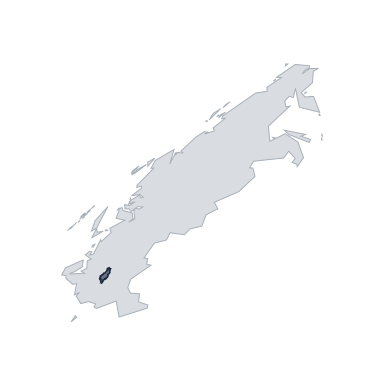 Russia, with Kostroma highlighted, rotated 318°
{"feature_id": "RUS-2356", "entity_name": "Kostroma", "entity_type": "Region", "adm_level": 1, "iso_a3": "RUS", "parent_name": "Russia", "parent_adm1": "", "projection": "natural_earth1", "projection_center": [43.479, 58.454], "detail": "fine", "context": "in_parent", "style": "filled", "palette": "slate", "viewbox_px": 384, "rotation_deg": 318, "n_neighbors": 0, "source": "natural_earth", "source_scale": "10m", "svg_char_len": 6145}
<svg xmlns="http://www.w3.org/2000/svg" viewBox="0 0 384 384"><g transform="rotate(318 192 192)"><path d="M297.9,241.1L287.1,243.6L288.5,241.6L286.2,237.0L291.1,236.1L291.2,226.4L282.9,228.1L258.3,210.3L251.0,212.6L253.3,215.0L249.3,222.5L227.3,223.1L201.7,214.6L199.9,221.8L187.2,218.4L176.5,223.9L165.7,218.0L157.8,218.7L148.4,207.6L140.9,210.6L129.8,204.8L112.3,208.9L114.5,211.9L110.0,215.2L112.5,218.9L88.2,215.8L80.3,220.0L78.5,225.9L84.9,232.5L78.8,237.9L83.6,246.4L81.0,248.3L54.1,236.1L62.7,222.3L43.2,214.7L42.2,211.9L45.6,210.7L41.8,204.3L34.6,200.5L36.3,191.9L41.1,191.4L35.9,189.8L44.8,183.0L41.6,180.7L40.4,172.0L42.5,169.8L39.6,166.5L47.2,163.7L65.6,169.7L60.6,174.2L51.8,172.9L48.6,171.4L46.4,171.2L57.8,180.5L56.7,176.7L62.8,178.3L68.2,173.0L72.2,174.4L70.6,167.1L75.9,167.6L77.6,169.4L73.9,170.5L77.2,172.2L92.3,166.3L91.3,168.2L104.8,168.0L106.7,164.0L123.1,168.0L118.0,160.7L126.9,156.0L129.6,156.5L128.4,159.7L133.6,167.6L130.3,172.5L124.9,172.2L131.6,173.7L136.6,166.6L139.3,166.3L141.5,169.5L145.3,170.1L141.8,166.5L133.6,165.7L133.9,162.0L130.9,159.8L133.5,156.2L136.4,160.2L141.8,161.1L143.2,161.1L136.6,158.6L141.2,157.3L151.0,159.1L149.9,162.0L152.2,163.3L151.9,159.1L144.5,154.3L157.0,155.5L158.2,153.7L154.0,151.6L155.9,150.2L179.6,148.7L177.4,147.0L185.8,144.0L207.2,148.4L194.3,156.3L202.9,153.1L208.5,153.4L210.2,156.2L210.8,156.6L211.5,156.7L211.0,154.2L231.5,153.8L241.6,155.4L243.7,158.1L240.1,157.3L249.5,161.6L250.8,158.5L266.4,159.6L263.1,157.5L265.4,156.0L305.6,161.1L315.3,167.5L317.6,164.3L334.8,166.7L331.6,163.3L354.1,166.3L363.9,177.0L361.9,178.3L357.2,176.9L353.1,178.0L361.8,178.9L368.7,184.7L363.0,183.4L354.6,191.4L339.7,191.2L339.5,196.9L346.3,202.3L340.2,218.1L328.5,200.9L338.2,184.2L330.5,189.5L328.2,185.9L321.6,186.5L318.9,191.8L322.1,193.6L292.8,194.2L283.7,206.4L300.3,211.1L304.1,225.9L297.9,241.1ZM119.8,146.5L97.0,155.0L91.2,153.8L100.7,148.5L119.8,146.5ZM301.9,207.8L314.9,225.2L310.3,223.5L315.3,232.3L312.2,233.6L302.5,214.1L301.9,207.8ZM86.9,158.9L96.7,155.2L94.7,158.5L99.7,161.7L86.9,158.9ZM253.1,149.9L260.3,147.8L269.1,149.3L253.1,149.9ZM165.8,138.6L176.5,141.1L163.0,139.9L165.8,138.6ZM161.7,136.5L170.3,137.2L159.1,138.0L161.7,136.5ZM179.0,140.2L187.1,142.0L176.4,143.3L179.0,140.2ZM271.3,150.2L275.3,149.6L280.5,150.3L271.3,150.2ZM15.3,207.6L22.4,205.8L22.7,207.9L15.3,207.6ZM81.1,137.6L85.9,137.3L76.7,138.1L81.1,137.6ZM264.1,153.5L270.1,155.1L262.2,154.6L264.1,153.5ZM84.9,165.8L82.2,166.9L80.8,166.1L82.2,164.9L84.9,165.8ZM90.2,137.0L94.5,136.6L96.8,137.0L90.2,137.0ZM105.0,136.9L103.1,137.8L99.8,137.5L100.5,136.9L105.0,136.9ZM109.4,137.1L105.6,137.0L110.9,136.7L109.4,137.1ZM102.7,162.4L104.3,164.4L101.6,162.9L102.7,162.4ZM163.9,139.0L161.1,139.5L158.7,138.8L163.9,139.0ZM92.6,135.9L98.2,135.7L96.3,136.3L92.6,135.9ZM348.8,161.0L345.9,160.7L347.4,159.5L348.8,161.0ZM76.9,137.1L80.4,137.4L73.5,137.4L76.9,137.1ZM127.0,155.3L123.6,155.5L126.9,155.2L127.0,155.3ZM205.7,151.8L207.7,152.9L204.8,152.3L205.7,151.8ZM330.0,164.0L328.3,164.5L326.7,164.0L330.0,164.0ZM98.3,138.1L95.7,137.7L99.9,138.0L98.3,138.1ZM97.4,136.3L99.1,136.9L95.9,136.5L97.4,136.3ZM327.2,235.3L327.1,236.6L325.9,238.3L327.2,235.3ZM93.9,138.0L95.8,138.6L93.4,138.5L93.9,138.0ZM140.9,157.1L138.6,157.6L138.0,157.5L140.9,157.1ZM343.9,194.5L341.7,194.2L343.2,193.6L343.9,194.5ZM263.0,152.5L262.6,153.4L261.5,152.7L263.0,152.5ZM288.6,205.4L289.7,207.0L288.4,206.6L288.6,205.4ZM339.0,218.7L338.5,220.9L337.7,220.2L339.0,218.7ZM89.9,138.2L87.7,138.4L86.9,138.2L89.9,138.2ZM142.1,155.5L141.7,156.4L141.2,156.1L142.1,155.5ZM251.0,149.2L250.1,149.7L249.7,148.6L251.0,149.2ZM323.1,240.0L325.1,238.2L323.2,240.4L323.1,240.0Z" fill="#d9dde1" stroke="#a8b0b8" stroke-width="1"/><path d="M64.3,198.5L64.4,198.4L64.5,198.3L64.4,198.2L64.4,197.8L64.4,197.6L64.3,197.4L64.5,197.2L64.7,196.9L64.8,196.9L65.0,196.7L65.1,196.4L65.3,196.2L65.6,196.1L65.4,196.0L65.4,195.9L65.4,195.7L65.2,195.5L65.1,195.4L65.3,195.3L65.4,195.2L65.6,195.1L65.8,195.0L65.6,194.8L65.7,194.7L65.8,194.6L65.7,194.5L65.6,194.4L65.8,194.3L65.9,194.2L66.0,194.3L66.4,194.1L66.5,194.1L66.8,194.0L66.9,193.9L67.0,193.8L67.2,194.0L67.4,193.9L67.6,193.8L67.7,193.7L67.5,193.4L67.4,193.4L67.5,193.3L67.5,193.1L67.8,193.0L68.0,193.1L67.9,193.2L68.0,193.3L68.3,193.4L68.7,193.3L68.8,193.3L69.0,193.3L69.0,193.5L69.3,193.7L69.5,193.7L69.8,193.6L70.0,193.5L70.0,193.4L70.3,193.5L70.5,193.6L70.5,193.4L70.8,193.4L71.0,193.5L70.9,193.6L71.0,193.7L71.3,193.5L71.5,193.4L71.5,193.5L71.9,193.6L72.0,193.6L72.3,193.5L72.5,193.7L72.7,193.8L72.8,193.8L74.3,193.8L74.4,193.7L75.0,193.7L75.3,193.6L75.5,193.7L75.8,193.6L76.0,193.7L76.3,193.7L76.5,193.5L76.6,193.3L76.8,193.3L76.9,193.2L77.2,193.2L77.3,193.2L77.4,192.9L77.4,192.4L78.2,192.4L78.3,192.4L78.5,192.4L79.0,192.4L78.9,193.1L79.3,193.2L79.3,193.5L79.7,193.8L79.8,193.7L79.8,193.8L80.0,194.0L80.1,194.3L80.2,194.5L79.9,194.5L79.8,194.4L79.7,194.5L79.5,194.4L79.5,194.5L79.4,194.5L79.5,194.6L79.4,194.7L79.5,194.8L79.4,194.9L79.2,194.9L79.0,195.0L78.9,195.0L78.8,195.3L78.7,195.3L78.4,195.4L78.1,195.5L78.0,195.4L77.9,195.5L77.9,195.8L77.8,196.0L77.6,196.0L77.5,196.3L77.5,196.5L77.4,196.6L77.3,196.8L76.5,196.9L76.4,197.0L76.2,197.0L75.9,197.2L75.7,197.3L75.5,197.2L75.4,197.1L75.0,197.0L74.7,196.9L74.3,196.8L74.2,196.9L73.9,197.0L73.9,197.3L74.0,197.4L74.0,197.5L73.9,197.7L73.8,197.9L73.7,198.0L73.4,198.0L73.2,198.1L73.1,198.3L72.8,198.5L72.7,198.5L72.3,198.6L72.2,198.7L72.0,198.8L71.7,198.8L71.4,198.7L71.2,198.5L71.2,198.4L71.1,198.2L70.9,198.2L70.8,198.4L70.7,198.4L70.6,198.5L70.4,198.7L70.4,198.8L70.2,198.8L70.2,198.7L70.2,198.4L70.2,198.2L70.2,198.3L70.2,198.5L70.1,198.8L69.9,198.9L69.7,198.9L69.4,198.9L69.4,198.7L69.5,198.6L69.4,198.6L69.4,198.4L69.5,198.4L69.4,198.2L69.2,198.0L68.8,198.2L68.7,198.2L68.4,198.2L68.4,198.3L67.9,198.4L67.7,198.3L67.5,198.2L67.4,198.2L67.0,198.0L67.0,197.9L66.7,197.8L66.5,198.0L66.6,198.4L66.6,198.5L66.2,198.7L65.9,198.8L65.6,198.8L65.4,199.0L65.2,199.1L64.9,199.0L64.6,199.1L64.4,199.1L64.2,199.1L63.9,199.2L63.9,198.9L64.0,198.8L63.8,198.6L64.0,198.6L63.9,198.4L64.1,198.3L64.3,198.3L64.3,198.5Z" fill="#64748b" stroke="#1e293b" stroke-width="1.5"/></g></svg>